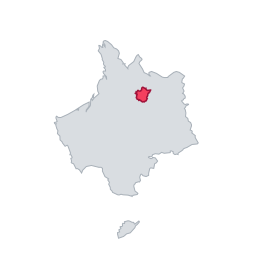 Eure-et-Loir highlighted on a map of France, rotated 51°
{"feature_id": "FRA-5291", "entity_name": "Eure-et-Loir", "entity_type": "Metropolitan department", "adm_level": 1, "iso_a3": "FRA", "parent_name": "France", "parent_adm1": "", "projection": "albers", "projection_center": [1.329, 48.445], "detail": "fine", "context": "in_parent", "style": "filled", "palette": "rose", "viewbox_px": 256, "rotation_deg": 51, "n_neighbors": 0, "source": "natural_earth", "source_scale": "10m", "svg_char_len": 5484}
<svg xmlns="http://www.w3.org/2000/svg" viewBox="0 0 256 256"><g transform="rotate(51 128 128)"><path d="M180.1,105.8L178.9,106.6L178.2,108.2L177.3,108.6L175.8,108.7L175.0,107.8L173.2,108.6L172.5,109.6L173.7,110.7L170.4,115.8L168.1,117.2L167.8,120.4L165.2,122.9L164.3,125.4L164.2,125.9L165.0,126.7L164.8,128.3L163.4,129.5L163.5,130.5L163.9,130.6L166.0,129.7L166.8,128.7L166.3,127.4L168.4,125.6L172.3,125.8L172.9,127.9L172.5,129.7L175.6,133.4L173.3,135.4L173.2,136.6L176.0,140.3L177.8,141.8L177.1,144.5L174.5,146.4L172.8,146.4L172.1,146.8L172.2,147.6L173.6,149.9L176.6,151.3L177.2,153.0L176.4,153.7L175.3,156.5L175.9,157.8L175.8,158.4L176.1,159.3L177.0,160.2L181.3,162.2L185.0,161.4L185.5,162.7L183.5,166.4L183.8,168.0L182.6,168.1L182.5,168.7L180.3,170.1L176.8,173.9L175.1,175.1L174.5,177.0L173.5,178.0L168.3,180.5L167.2,180.1L164.6,180.3L162.9,179.1L159.6,178.4L158.5,176.6L155.6,176.4L155.3,175.1L151.3,176.5L145.4,175.0L143.3,173.2L141.6,173.7L140.2,175.4L134.1,180.0L131.7,184.6L132.3,189.8L133.8,192.4L129.9,192.1L127.6,192.9L127.0,194.0L121.6,192.8L119.5,193.9L119.0,193.8L118.3,192.7L115.6,191.5L116.0,190.6L115.6,189.8L113.1,189.2L112.2,190.0L111.3,188.4L104.2,186.0L103.1,186.1L102.6,188.4L98.1,188.3L97.4,187.9L94.5,188.3L91.4,186.0L88.0,186.4L85.9,184.1L83.9,183.8L81.0,182.6L79.7,181.9L79.6,181.2L78.7,182.2L77.6,182.0L77.4,181.6L78.1,180.4L78.3,178.9L74.8,177.7L73.9,176.6L73.9,176.0L75.8,175.6L77.6,173.6L79.5,166.3L81.0,157.5L81.9,155.9L83.0,155.5L82.2,154.3L81.1,155.8L82.0,147.8L83.4,141.8L86.3,144.3L86.9,145.4L87.7,149.0L89.3,150.6L88.3,149.1L87.3,144.3L86.7,142.9L82.2,138.8L82.1,137.8L84.1,138.4L83.4,135.4L83.1,129.0L80.3,128.3L76.0,125.5L73.2,120.5L72.9,118.7L73.8,116.8L73.1,115.6L71.9,114.7L72.9,113.1L73.8,113.0L77.0,114.1L74.5,112.4L70.3,112.7L68.6,112.1L68.4,111.0L69.6,109.6L68.2,108.6L65.8,108.7L65.6,108.3L66.3,107.3L65.8,106.8L63.8,107.1L62.7,106.7L61.7,105.5L58.6,105.0L58.0,104.3L53.8,102.6L49.3,102.6L48.2,100.1L45.5,98.7L46.1,98.0L48.9,97.5L49.5,96.9L47.6,95.8L46.9,94.7L50.6,94.8L49.0,93.6L45.5,93.4L45.1,92.0L45.7,90.6L47.9,89.4L53.0,88.4L56.7,88.6L59.5,87.1L62.1,86.8L64.5,87.7L67.6,92.1L70.3,90.4L74.3,90.6L75.0,91.7L76.2,89.8L77.0,91.0L81.8,90.8L80.8,90.0L79.9,88.2L80.0,81.7L77.7,77.0L77.2,75.2L77.4,73.8L80.2,74.2L82.6,73.6L83.7,74.1L83.9,77.1L84.8,78.9L91.3,79.6L95.1,80.6L98.3,79.0L101.3,78.3L101.6,77.9L99.9,78.0L98.3,77.2L98.1,76.4L98.9,74.1L103.5,71.5L110.1,69.3L111.8,67.9L113.8,65.2L113.3,64.5L113.6,57.3L114.5,54.9L117.0,53.1L123.3,51.3L124.1,53.6L124.1,54.9L125.8,56.9L126.6,57.6L129.4,56.4L130.7,58.3L131.2,60.4L134.6,61.2L135.6,63.9L136.2,63.3L138.3,63.4L139.3,63.6L140.7,64.7L140.4,66.4L141.0,67.2L140.5,68.8L140.9,69.4L144.8,69.3L145.9,68.5L146.4,67.0L147.5,66.0L147.9,66.2L147.3,69.2L147.9,69.9L148.3,71.9L149.8,72.0L152.7,73.5L155.3,76.1L158.2,75.5L160.7,76.8L163.1,75.9L165.4,76.6L166.3,77.3L168.7,81.0L170.3,80.1L171.5,80.5L171.9,81.5L176.3,80.5L177.2,81.5L178.1,81.9L183.8,82.8L184.0,84.2L181.1,88.6L180.2,94.5L179.4,96.6L179.1,98.1L179.5,99.1L179.5,100.7L179.1,104.5L179.6,105.6L180.1,105.8ZM208.8,181.4L208.8,183.8L209.8,185.4L210.9,192.2L209.4,195.7L209.5,199.7L207.7,204.7L203.9,202.9L202.7,201.9L203.5,199.9L201.4,199.2L201.7,197.4L201.4,196.5L199.9,196.5L199.8,196.1L200.7,194.6L200.6,193.8L199.2,192.9L198.8,192.0L200.0,190.8L199.3,189.9L198.6,189.7L200.1,186.4L201.2,185.4L203.8,184.2L204.9,183.0L206.7,183.4L207.0,183.1L207.1,178.1L207.7,178.0L208.3,178.6L208.8,181.4ZM82.5,135.7L82.1,137.1L80.4,134.6L80.2,133.2L82.5,135.7Z" fill="#d9dde1" stroke="#a8b0b8" stroke-width="1"/><path d="M109.7,102.5L109.5,102.3L109.2,101.7L108.7,101.3L108.5,100.8L108.3,100.7L108.0,100.7L107.8,100.6L107.8,100.4L107.7,100.0L107.6,99.8L107.3,99.9L107.0,100.1L106.7,100.2L106.0,100.3L105.6,100.4L105.6,100.2L105.8,100.1L106.2,99.8L106.4,99.7L106.5,99.6L106.4,99.4L106.2,99.4L105.9,99.3L105.2,98.9L105.4,98.8L105.5,98.6L105.5,98.3L105.4,98.2L105.3,97.9L105.2,97.8L105.2,97.7L105.2,97.3L105.2,97.2L105.0,96.9L105.0,96.6L105.2,96.4L105.4,96.4L105.6,96.4L106.3,96.1L106.5,95.9L106.8,95.6L107.0,95.3L107.0,95.2L107.2,94.9L107.2,94.7L106.9,94.4L106.9,94.1L106.9,93.9L106.9,93.7L106.9,93.4L106.3,92.8L106.0,92.6L105.8,92.4L105.7,92.1L105.5,91.8L105.5,91.1L105.8,90.7L106.0,90.6L107.1,90.2L107.3,90.3L107.5,90.2L107.7,89.9L107.8,89.8L107.9,89.7L108.0,89.7L108.4,89.7L108.5,89.7L108.6,89.3L108.6,89.2L108.8,89.3L109.1,89.5L109.3,89.6L109.8,89.6L110.0,89.6L110.7,89.4L110.9,89.3L111.1,89.2L111.2,88.9L111.3,88.7L111.5,88.4L111.7,88.2L111.9,88.1L112.1,87.9L112.3,87.7L112.3,87.1L112.3,86.9L112.8,86.6L113.3,87.8L113.5,88.0L113.7,88.4L113.7,88.5L113.6,88.9L113.6,89.0L113.6,89.3L113.7,89.5L114.0,89.7L114.0,89.8L113.9,90.0L113.7,90.2L113.7,90.3L113.7,90.5L113.9,90.7L114.0,90.8L114.0,91.1L114.1,91.3L114.3,91.5L114.8,91.8L115.0,92.0L115.1,92.3L115.2,92.6L115.4,92.7L115.5,92.8L115.7,93.1L115.7,93.3L115.7,93.6L115.7,93.8L115.8,94.0L116.1,94.3L116.6,94.6L116.9,94.7L117.3,94.6L117.4,95.1L117.5,95.3L117.7,95.5L117.8,95.7L117.9,96.1L117.9,96.3L118.0,96.4L118.2,96.5L118.3,96.6L118.1,96.9L118.0,97.0L118.0,97.3L118.0,97.8L117.9,97.9L117.9,98.1L118.0,98.6L118.0,98.9L117.9,99.0L117.6,99.1L117.4,99.2L117.3,99.5L117.1,100.0L116.9,100.3L116.7,100.5L116.2,100.5L115.4,100.9L114.8,100.7L114.5,100.8L114.3,100.9L114.1,101.2L114.0,101.4L113.8,101.4L113.5,101.3L113.3,101.3L113.1,101.5L113.1,102.2L112.8,102.1L112.5,102.1L112.3,102.1L111.5,102.7L111.2,102.8L111.0,102.7L110.2,102.4L109.7,102.5Z" fill="#f43f5e" stroke="#9f1239" stroke-width="1.5"/></g></svg>